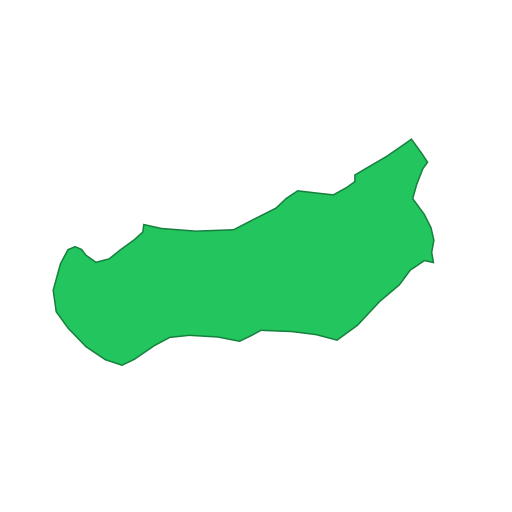 Karbinci, Robinson projection, rotated 324°
{"feature_id": "MKD-2934", "entity_name": "Karbinci", "entity_type": "Statistical Region", "adm_level": 1, "iso_a3": "MKD", "parent_name": "North Macedonia", "parent_adm1": "", "projection": "robinson", "projection_center": [22.284, 41.787], "detail": "fine", "context": "isolated", "style": "filled", "palette": "green", "viewbox_px": 512, "rotation_deg": 324, "n_neighbors": 0, "source": "natural_earth", "source_scale": "10m", "svg_char_len": 894}
<svg xmlns="http://www.w3.org/2000/svg" viewBox="0 0 512 512"><g transform="rotate(324 256 256)"><path d="M107.7,140.3L115.2,142.2L118.8,148.4L118.8,155.2L122.8,167.0L135.4,172.0L149.6,171.3L166.8,171.3L178.5,170.1L183.7,164.6L195.6,178.1L221.9,200.5L253.3,221.6L277.6,225.3L300.3,229.0L314.5,227.2L328.1,227.8L342.8,241.4L354.5,252.0L369.6,253.9L379.8,253.9L383.6,248.6L396.5,249.8L420.4,252.2L445.2,252.8L450.4,252.8L450.4,270.2L449.9,281.0L442.2,283.5L428.0,292.6L416.5,301.7L416.6,321.3L414.2,336.0L409.1,347.9L400.3,356.3L395.7,365.6L389.6,358.7L372.5,358.1L355.0,363.6L329.2,365.5L297.3,371.7L272.1,371.7L258.4,354.9L240.6,338.2L216.3,319.0L205.8,317.7L192.6,315.3L177.5,299.1L155.6,281.1L138.5,271.2L120.8,268.7L97.0,268.1L83.4,265.6L73.2,251.4L65.2,229.7L61.6,204.2L61.6,183.7L71.8,164.5L90.9,149.2L93.5,147.2L107.7,140.3Z" fill="#22c55e" stroke="#15803d" stroke-width="1.5"/></g></svg>